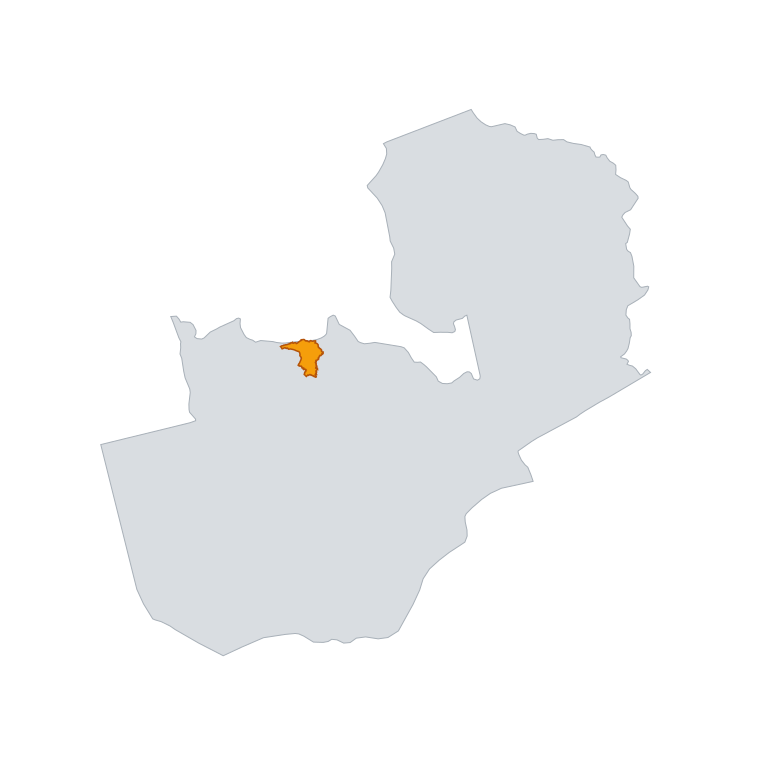 Solwezi, North-Western, Zambia shown in context, rotated 347°
{"feature_id": "96606910B85168359517007", "entity_name": "Solwezi", "entity_type": "district", "adm_level": 2, "iso_a3": "ZMB", "parent_name": "Zambia", "parent_adm1": "North-Western", "projection": "albers", "projection_center": [26.494, -12.304], "detail": "fine", "context": "in_parent", "style": "filled", "palette": "amber", "viewbox_px": 768, "rotation_deg": 347, "n_neighbors": 0, "source": "geoboundaries", "source_scale": "gbopen_adm2", "svg_char_len": 8751}
<svg xmlns="http://www.w3.org/2000/svg" viewBox="0 0 768 768"><g transform="rotate(347 384 384)"><path d="M507.4,512.4L474.9,512.0L463.0,514.5L453.3,518.4L441.6,524.6L434.9,528.9L433.0,531.3L432.1,536.7L432.0,545.0L430.8,550.9L427.2,556.3L409.6,562.8L398.1,568.1L386.8,574.4L378.3,582.6L372.4,592.8L362.7,605.3L342.5,627.8L330.8,631.9L321.0,631.0L309.2,626.3L299.8,625.4L292.9,628.3L286.5,627.4L280.6,622.7L275.6,621.0L271.7,622.3L266.6,622.1L257.2,619.6L249.1,611.6L244.7,608.3L241.3,607.1L231.7,605.8L209.5,604.1L186.5,608.3L166.2,612.6L145.4,595.0L125.3,576.3L121.0,571.6L113.4,565.4L108.0,562.4L105.8,560.8L100.2,544.1L97.0,528.6L94.4,379.3L186.3,378.1L192.2,377.4L192.5,375.8L188.2,367.8L188.3,365.0L189.4,359.6L193.3,348.7L193.6,345.1L191.6,333.3L191.7,326.7L192.7,313.4L192.0,308.9L194.1,302.9L194.8,299.0L195.6,297.2L194.5,292.7L192.5,276.9L191.4,270.3L197.0,271.2L198.8,274.5L199.9,278.0L202.4,278.2L209.0,280.3L211.3,283.2L212.9,289.5L212.0,292.8L209.9,295.4L212.0,297.7L216.5,299.2L219.0,298.7L226.4,294.3L233.3,292.7L236.8,291.6L252.0,288.6L255.0,287.1L257.2,287.1L258.7,288.3L257.3,292.8L256.9,296.8L258.8,304.3L260.3,307.8L263.5,310.4L265.8,311.7L268.3,314.4L273.6,313.9L285.3,317.7L288.9,319.5L293.8,321.2L297.3,321.9L309.3,323.2L322.1,325.4L328.7,325.6L333.3,325.0L336.6,323.9L338.6,322.7L339.5,321.7L344.3,307.4L346.8,306.3L350.0,305.5L351.8,306.8L353.8,315.9L363.0,324.0L366.1,330.9L368.4,336.8L370.4,338.4L373.9,340.4L379.4,341.1L384.4,341.4L409.0,351.5L411.8,353.3L414.8,358.7L416.5,364.7L418.4,369.5L421.6,370.4L424.5,370.8L427.2,374.0L429.3,376.9L436.6,388.8L437.5,393.4L441.0,396.6L445.8,398.0L450.3,398.2L452.8,396.8L459.2,394.5L464.1,391.7L467.7,390.8L469.8,391.4L471.4,393.4L472.4,399.2L475.9,401.3L478.5,400.5L479.5,398.2L479.6,397.1L480.2,335.6L478.0,336.0L475.1,337.7L468.6,337.9L466.0,339.2L465.2,341.1L465.7,343.7L465.8,347.1L464.8,348.8L461.9,349.4L457.8,348.0L450.3,346.2L444.0,345.0L439.6,340.4L433.5,333.4L429.6,329.8L420.0,322.5L418.4,321.0L415.5,317.6L413.0,311.9L410.6,305.2L409.4,300.9L411.7,294.4L417.5,273.2L418.9,266.6L423.7,259.9L424.0,253.9L422.2,246.1L422.7,241.9L423.6,217.5L422.3,209.8L419.2,201.3L412.3,189.3L412.3,186.8L423.2,179.2L426.4,176.3L432.1,170.1L436.0,164.8L438.4,160.5L439.3,155.0L437.5,149.7L441.3,148.7L530.7,136.1L531.9,139.7L534.5,145.8L537.5,150.3L541.3,154.3L544.5,156.7L546.6,157.5L560.4,157.5L565.3,159.9L569.5,163.0L570.5,167.7L573.3,170.6L576.3,173.0L577.6,173.3L579.9,172.8L583.5,172.8L586.9,173.9L588.5,174.9L588.6,178.8L589.6,180.6L594.2,181.4L598.9,181.8L603.4,184.5L608.4,185.1L614.0,186.3L616.7,189.2L622.7,192.2L630.0,195.0L638.1,199.5L638.2,200.9L639.5,203.4L640.9,205.3L641.0,208.0L641.6,210.5L643.7,211.2L645.4,211.4L647.0,209.6L649.2,209.7L651.6,210.9L652.3,213.8L654.1,217.7L657.1,220.4L659.0,223.0L658.2,227.6L656.8,231.9L660.8,236.1L666.0,240.3L667.4,242.1L667.7,248.0L668.4,250.0L671.9,255.0L673.6,258.3L673.4,260.2L663.5,269.7L657.5,271.1L654.8,273.0L653.2,275.0L656.8,284.8L658.8,288.6L657.0,293.1L652.9,300.8L651.1,301.5L650.7,307.4L651.8,309.6L653.7,311.4L654.3,315.4L653.9,325.4L651.2,336.7L655.3,346.7L656.8,347.8L662.8,348.0L663.8,348.9L662.3,351.7L657.9,355.9L650.2,359.1L639.2,362.6L636.8,366.1L635.2,371.3L636.4,374.4L637.8,376.2L637.2,380.7L636.1,385.5L636.4,389.2L635.8,392.6L634.3,394.2L632.3,399.2L629.8,404.2L627.9,406.4L625.1,408.8L620.7,410.7L620.8,411.7L625.7,414.2L626.9,415.8L627.3,416.9L625.2,419.4L627.4,421.0L630.1,422.4L632.7,425.8L635.5,432.3L636.0,432.9L636.9,433.0L638.5,432.4L641.6,429.9L643.8,429.0L646.3,432.7L600.4,447.3L589.6,450.3L573.6,455.5L568.3,457.5L564.1,459.4L521.6,470.9L514.9,473.2L499.8,479.3L499.3,480.3L499.5,483.1L500.7,489.0L503.2,494.4L505.4,497.5L506.7,505.4L507.4,512.4Z" fill="#d9dde1" stroke="#a8b0b8" stroke-width="1"/><path d="M310.0,359.2L311.9,358.1L312.2,358.6L312.6,358.6L313.1,358.4L313.6,358.1L313.9,358.1L314.6,358.4L314.7,358.9L314.9,359.1L315.5,359.0L316.0,359.7L316.5,359.9L316.6,360.1L316.8,360.1L316.8,360.3L317.1,360.5L317.3,360.8L317.5,361.0L317.8,361.0L318.0,361.1L318.4,361.3L318.5,361.4L318.4,361.5L318.6,361.7L318.6,361.9L318.8,362.0L319.0,362.1L318.9,362.0L319.0,362.0L319.1,361.7L319.5,361.8L319.6,361.6L319.4,361.5L319.6,361.5L319.6,361.2L319.0,360.9L319.0,360.7L319.4,360.5L319.2,360.3L319.4,360.2L319.3,359.9L319.3,359.7L319.5,359.6L319.4,359.4L319.6,359.4L319.7,359.2L319.8,359.2L319.8,358.9L320.0,359.0L319.9,358.8L320.0,358.7L320.3,358.8L320.4,358.5L320.3,358.2L320.5,358.0L320.4,357.9L320.6,357.8L320.8,357.7L320.8,357.4L321.1,357.0L321.0,356.8L320.7,356.8L320.7,356.6L320.5,356.4L320.6,356.1L320.8,355.8L321.0,355.8L321.3,355.4L321.5,355.2L321.9,355.1L322.3,355.0L322.3,354.9L322.5,355.0L322.5,354.7L322.7,353.9L322.7,353.7L322.3,353.6L322.1,353.7L321.9,353.5L321.7,353.5L321.6,353.4L321.4,353.4L321.1,353.2L321.3,352.9L321.3,352.7L321.6,352.8L321.8,352.7L321.7,352.6L321.9,352.5L321.9,352.4L322.0,352.4L322.1,352.2L322.1,351.8L322.3,351.8L322.3,351.6L322.5,351.6L322.5,351.4L322.5,351.2L322.3,351.1L322.3,350.9L322.1,350.5L322.2,350.4L322.0,350.1L322.1,349.9L322.3,349.7L322.5,349.3L322.4,349.2L322.5,349.0L322.5,348.7L322.2,348.7L322.2,348.3L322.1,348.1L322.3,347.8L322.1,347.8L322.0,347.5L322.2,347.3L322.4,347.3L322.7,347.0L322.9,347.0L322.9,346.9L322.6,346.9L322.7,346.7L322.9,346.6L322.7,346.6L322.8,346.1L322.9,345.9L323.1,346.0L323.1,345.8L323.6,345.9L323.8,345.7L324.1,345.6L324.3,345.6L324.4,345.4L324.6,345.3L324.6,345.6L324.8,345.6L324.9,345.4L325.2,345.3L325.1,345.2L325.3,345.1L325.5,345.0L326.0,344.8L326.0,344.5L325.9,344.0L326.1,344.0L326.1,343.9L326.3,343.6L326.7,343.4L326.8,343.1L327.2,342.4L327.3,342.4L327.5,342.3L327.4,342.1L327.5,342.2L327.8,341.9L327.9,342.0L328.0,341.9L328.1,342.0L328.3,342.0L328.6,342.1L328.7,341.9L328.9,342.0L329.0,342.0L329.2,341.8L329.3,341.8L329.4,341.7L329.7,341.6L329.8,341.5L330.0,341.4L330.1,341.1L330.3,341.1L330.3,340.8L330.5,340.8L330.5,340.7L330.7,340.8L330.7,340.7L330.8,340.7L331.2,340.5L331.5,340.5L331.5,340.3L331.7,339.9L331.6,339.7L331.8,339.4L331.6,339.3L331.7,339.1L331.2,339.0L331.0,338.7L330.5,338.2L330.7,337.9L330.6,337.5L330.8,337.1L330.7,337.0L330.7,336.8L330.5,336.7L330.5,336.3L330.3,336.0L330.2,335.6L329.9,335.2L329.6,335.0L329.3,335.0L329.1,334.9L328.9,333.8L328.6,333.7L328.2,333.1L328.2,332.9L328.4,332.5L328.6,330.8L327.8,329.5L327.2,329.0L326.0,328.4L326.7,327.6L327.1,326.7L326.9,326.5L326.6,326.4L326.2,326.5L325.5,326.2L325.0,326.3L324.7,326.2L324.4,326.3L324.1,326.3L323.4,326.1L322.6,325.3L322.2,325.4L321.9,325.2L321.6,325.4L321.4,325.5L321.1,326.0L320.9,326.1L320.7,326.0L320.3,325.8L320.2,325.6L319.7,325.6L319.6,325.4L319.4,325.2L319.2,324.8L318.9,324.7L318.5,324.7L318.4,324.5L317.8,324.6L317.6,324.5L317.5,324.3L317.3,324.3L317.1,324.2L317.0,323.9L316.9,323.8L316.6,323.1L316.2,322.7L315.2,322.4L314.3,322.5L313.9,322.3L313.4,322.3L313.3,322.7L312.9,322.6L312.7,323.1L311.7,323.2L311.3,323.5L310.7,323.7L310.1,324.1L309.6,324.2L309.0,324.6L308.0,324.9L307.6,324.8L307.5,324.1L307.0,323.8L306.5,323.7L305.8,323.7L305.2,323.8L304.9,323.9L304.5,323.5L304.4,323.1L304.1,323.5L303.9,323.4L303.6,323.2L303.4,323.2L303.1,322.9L302.8,322.8L302.3,323.1L302.1,323.4L301.7,323.6L301.4,323.4L301.1,323.4L300.9,323.3L300.7,323.6L299.7,323.6L298.9,323.8L298.7,323.7L298.0,323.8L297.6,323.8L297.2,323.6L296.1,323.8L295.6,323.6L295.3,323.7L295.0,323.6L294.6,323.9L293.0,323.8L291.6,324.2L292.0,325.0L292.2,325.6L292.6,326.8L293.2,326.8L293.5,326.6L294.0,326.7L294.6,326.4L295.1,326.5L295.4,326.3L295.8,326.4L296.2,326.7L296.3,326.9L296.4,327.1L296.6,327.1L296.7,327.3L296.8,327.4L297.3,327.4L297.5,327.2L298.0,327.3L298.5,327.9L298.6,328.5L298.8,328.6L300.0,328.8L300.7,328.8L303.1,329.9L304.7,330.8L305.3,331.4L306.3,332.0L306.7,332.4L307.7,332.9L308.4,333.4L308.6,333.7L308.8,334.4L308.9,335.3L308.7,336.3L308.8,336.7L308.6,336.9L308.4,337.3L308.6,338.1L308.7,338.4L308.9,338.9L309.3,339.2L309.3,340.0L309.3,340.3L309.0,340.6L308.7,341.3L308.7,341.5L306.0,345.0L305.4,345.3L304.8,346.3L304.6,346.4L304.7,346.6L305.2,346.9L305.3,346.8L305.5,346.9L305.9,347.3L305.8,347.5L306.1,347.5L306.3,347.7L306.8,347.9L307.3,347.9L307.4,348.0L307.2,348.3L307.3,348.2L307.5,348.5L307.6,349.0L307.8,349.0L308.0,349.2L307.9,349.3L308.0,349.4L308.1,349.5L308.2,349.4L308.3,349.5L308.2,349.6L308.4,349.6L308.6,349.8L308.6,350.0L308.7,350.3L308.5,350.5L308.4,350.7L308.4,351.0L308.6,351.2L308.8,351.0L309.0,351.3L309.2,351.2L309.2,351.3L309.3,351.2L309.3,351.3L309.6,351.4L309.6,351.6L310.4,351.9L310.3,352.0L310.5,352.1L310.6,352.3L310.8,352.5L310.7,352.5L310.9,352.7L310.8,352.9L311.0,352.9L310.9,353.1L311.0,353.5L310.6,354.1L310.4,354.1L310.3,354.3L310.1,354.2L309.9,354.4L309.4,354.7L309.2,355.1L309.2,355.6L308.7,356.1L308.4,356.8L308.8,357.2L310.0,359.2Z" fill="#f59e0b" stroke="#b45309" stroke-width="1.5"/></g></svg>